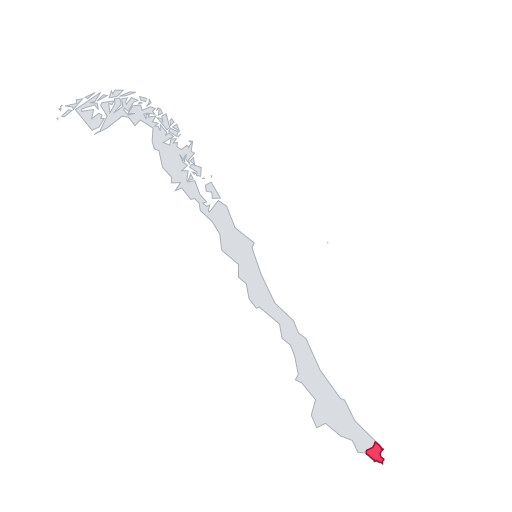 Arica y Parinacota highlighted on a map of Chile, rotated 140°
{"feature_id": "CHL-2694", "entity_name": "Arica y Parinacota", "entity_type": "Region", "adm_level": 1, "iso_a3": "CHL", "parent_name": "Chile", "parent_adm1": "", "projection": "robinson", "projection_center": [-69.675, -18.339], "detail": "fine", "context": "in_parent", "style": "filled", "palette": "rose", "viewbox_px": 512, "rotation_deg": 140, "n_neighbors": 0, "source": "natural_earth", "source_scale": "10m", "svg_char_len": 5330}
<svg xmlns="http://www.w3.org/2000/svg" viewBox="0 0 512 512"><g transform="rotate(140 256 256)"><path d="M282.5,26.4L287.9,24.6L292.5,15.7L297.1,22.7L298.5,34.3L304.1,40.2L300.8,52.7L306.9,63.9L310.4,83.2L319.9,85.4L316.0,98.5L302.8,107.6L302.5,129.4L305.4,135.8L299.7,138.1L290.9,154.1L286.9,165.6L288.9,176.4L281.7,188.8L286.3,214.8L289.2,215.8L288.8,227.8L281.4,240.7L283.0,251.0L274.8,260.9L278.5,282.4L269.6,296.2L267.4,310.7L269.5,326.5L265.6,333.1L266.1,339.3L269.7,341.4L269.1,355.8L275.8,358.0L266.7,360.7L273.9,366.4L270.0,370.7L270.6,384.0L262.7,399.1L265.0,403.5L261.9,410.5L252.7,420.2L257.1,434.4L264.9,433.7L264.4,444.1L268.7,449.2L288.0,449.8L302.3,453.2L294.9,452.1L280.0,459.0L278.2,471.2L275.4,472.5L264.8,466.0L269.2,464.6L270.7,467.7L275.9,459.5L266.0,463.4L263.5,467.4L258.7,464.7L261.6,458.9L273.2,457.0L261.7,456.2L258.0,462.7L252.9,459.8L256.7,458.2L257.8,455.6L249.4,457.4L246.5,451.1L250.9,452.5L260.8,449.0L261.7,454.0L263.5,452.8L263.2,446.1L257.1,443.0L262.7,447.2L253.9,450.2L247.3,445.8L249.6,440.8L241.1,438.3L238.3,433.7L242.2,433.4L242.5,429.8L247.6,435.3L250.8,436.8L252.2,431.4L249.1,435.4L246.9,432.8L249.3,431.6L242.6,427.7L249.1,425.3L245.7,420.5L250.1,420.6L247.6,418.3L249.0,413.3L244.9,418.0L244.9,408.0L248.1,406.5L243.6,406.4L242.3,400.6L254.1,402.5L250.8,396.4L245.9,400.3L241.6,397.0L246.7,395.6L243.2,393.6L246.3,390.5L244.7,385.6L237.8,385.1L237.9,382.2L232.4,384.5L233.6,387.5L230.8,384.6L238.4,377.9L236.9,374.3L245.9,373.0L247.8,368.5L247.4,376.6L243.7,378.6L247.9,377.8L250.1,373.6L249.2,382.9L251.6,374.6L250.1,369.5L258.1,369.1L253.3,364.8L260.5,358.4L260.6,356.5L254.5,353.1L259.4,338.9L259.1,329.1L262.8,330.8L261.9,325.7L258.5,324.8L263.2,321.5L263.6,319.6L249.2,322.7L246.5,313.0L253.9,291.0L249.0,267.2L253.7,265.0L263.8,238.8L271.8,207.9L268.9,182.2L273.0,169.8L270.8,160.6L280.2,127.6L282.9,92.6L280.7,88.7L286.2,66.3L282.5,26.4ZM300.7,457.6L300.3,484.3L269.8,481.2L280.2,477.9L284.7,480.3L279.5,475.3L282.6,469.4L282.6,475.6L294.7,480.7L296.6,478.9L286.2,472.6L293.7,466.8L284.5,466.4L283.4,462.8L286.4,461.1L284.0,458.8L293.2,455.6L300.7,457.6ZM249.2,342.8L242.9,341.3L246.1,323.3L252.5,328.3L248.8,333.2L252.5,337.6L249.2,342.8ZM243.0,410.1L242.9,425.5L240.0,422.0L241.4,418.3L238.2,423.6L233.5,422.8L239.5,409.7L243.0,410.1ZM287.9,487.8L302.1,485.6L300.6,487.9L305.8,493.6L295.2,488.1L293.2,491.3L287.9,487.8ZM249.8,355.9L247.2,358.4L249.8,366.8L246.4,367.5L241.0,359.1L247.1,352.7L249.8,355.9ZM260.0,467.6L266.8,471.6L260.6,475.5L261.6,472.3L257.4,473.7L251.2,468.4L260.0,467.6ZM266.8,474.5L278.2,476.9L269.3,477.6L266.8,474.5ZM315.0,487.9L305.7,488.7L303.6,485.8L313.4,485.8L315.0,487.9ZM242.7,408.0L239.2,408.4L235.8,401.0L239.9,398.8L242.7,408.0ZM236.9,408.4L232.1,407.9L234.4,400.9L236.9,408.4ZM259.5,357.4L253.3,360.7L254.6,355.4L259.5,357.4ZM241.3,445.2L244.1,449.2L242.7,453.0L238.6,447.1L241.3,445.2ZM242.8,458.7L252.9,462.6L257.9,466.1L247.1,462.8L242.8,458.7ZM245.2,371.1L240.6,371.7L244.2,365.7L245.2,371.1ZM274.2,484.7L283.8,484.9L284.9,487.4L274.2,484.7ZM237.5,411.0L234.8,415.0L232.4,415.4L232.8,411.3L237.5,411.0ZM240.2,426.7L236.7,430.0L234.7,429.6L235.8,425.5L240.2,426.7ZM243.7,440.9L239.0,442.4L236.8,445.1L238.0,440.9L243.7,440.9ZM236.3,432.6L235.0,431.2L238.0,431.6L236.3,432.6ZM250.9,361.3L249.0,359.2L249.4,358.0L250.8,358.6L250.9,361.3ZM248.0,448.1L246.0,448.4L244.6,446.3L248.0,448.1ZM239.0,397.6L235.6,397.7L238.9,397.2L239.0,397.6ZM312.1,493.0L312.5,495.3L310.3,494.4L312.1,493.0ZM245.6,348.7L247.5,350.0L245.6,349.4L245.6,348.7ZM310.7,495.9L307.8,496.3L307.7,496.0L310.7,495.9ZM320.1,488.0L319.9,489.3L319.1,488.8L320.1,488.0ZM193.0,219.5L191.9,220.7L193.0,219.5ZM239.4,345.2L238.7,346.3L238.4,345.6L239.4,345.2Z" fill="#d9dde1" stroke="#a8b0b8" stroke-width="1"/><path d="M292.5,15.8L292.6,16.7L292.7,17.2L292.9,17.6L293.8,18.5L294.2,19.0L294.5,19.5L294.5,20.0L294.5,20.9L294.6,21.4L294.8,21.7L295.0,21.7L295.3,21.6L295.5,21.8L295.6,22.0L295.9,22.0L296.2,22.2L296.4,22.3L296.6,22.4L296.8,22.4L297.0,22.3L297.2,22.5L297.3,22.5L297.2,23.1L296.8,23.4L296.4,23.8L296.6,24.4L296.9,24.8L297.0,25.0L297.1,25.3L297.1,25.5L297.3,26.1L297.2,26.9L297.3,27.1L297.7,27.8L297.8,28.1L297.8,28.4L297.7,29.0L297.7,29.6L297.8,30.2L298.0,30.8L298.1,31.1L298.1,31.3L298.0,31.5L298.6,32.9L298.7,33.0L298.7,33.3L298.6,33.5L298.3,34.0L297.9,34.5L297.5,34.9L297.3,35.3L296.6,35.8L296.0,36.0L295.4,35.9L294.9,35.8L294.4,35.5L293.7,35.4L293.1,35.1L292.0,35.0L291.6,34.9L291.2,34.7L290.9,34.5L290.3,34.5L289.5,34.5L288.7,34.7L288.2,35.0L287.6,35.1L287.0,35.3L286.4,35.5L285.9,36.1L285.3,36.3L284.8,36.7L284.2,36.9L284.0,36.7L284.1,36.4L284.1,36.2L283.7,35.0L283.7,34.8L283.7,34.3L283.6,34.0L283.5,33.2L283.3,32.7L283.2,32.1L283.2,31.8L283.2,31.7L283.3,31.3L283.3,31.0L283.4,30.8L283.4,30.6L283.4,30.4L283.3,30.2L283.4,29.8L283.4,29.3L283.4,28.9L283.5,28.7L283.6,28.4L283.5,28.1L283.7,27.9L283.8,27.7L283.7,27.5L283.5,27.3L283.3,26.9L283.0,26.6L282.8,26.3L283.0,26.1L283.6,26.1L284.8,26.2L285.4,26.1L285.6,26.1L286.4,25.6L286.7,25.5L287.0,25.5L287.3,25.4L287.4,25.2L288.0,24.5L288.4,24.1L288.6,23.8L288.8,23.4L289.5,21.8L289.5,21.5L289.5,21.3L289.4,21.1L289.2,20.6L289.1,20.4L289.1,20.1L289.0,19.5L288.8,19.1L288.7,18.6L288.8,18.1L289.1,17.7L289.6,17.7L290.1,17.7L290.6,17.6L291.1,17.3L292.5,15.8Z" fill="#f43f5e" stroke="#9f1239" stroke-width="1.5"/></g></svg>